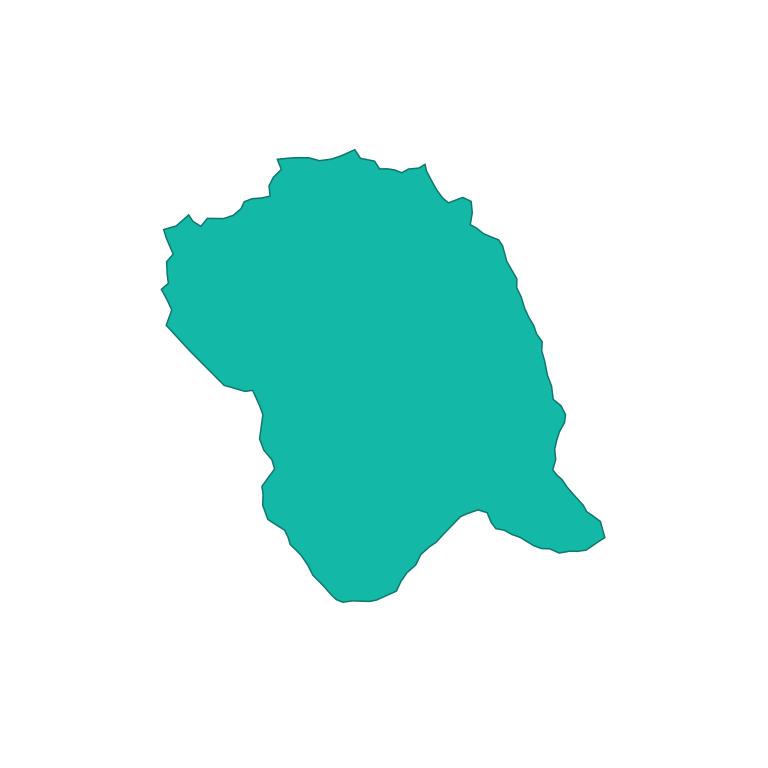 Piraquara, Paraná, Brazil (Mercator projection), rotated 211°
{"feature_id": "56859067B90549461682461", "entity_name": "Piraquara", "entity_type": "district", "adm_level": 2, "iso_a3": "BRA", "parent_name": "Brazil", "parent_adm1": "Paraná", "projection": "mercator", "projection_center": [-49.059, -25.469], "detail": "fine", "context": "isolated", "style": "filled", "palette": "teal", "viewbox_px": 768, "rotation_deg": 211, "n_neighbors": 0, "source": "geoboundaries", "source_scale": "gbopen_adm2", "svg_char_len": 1947}
<svg xmlns="http://www.w3.org/2000/svg" viewBox="0 0 768 768"><g transform="rotate(211 384 384)"><path d="M600.9,322.1L566.9,312.2L520.4,300.5L499.3,306.1L493.3,310.9L479.5,301.4L472.0,295.3L462.4,272.9L452.9,265.4L441.2,261.4L434.0,254.8L435.1,243.3L435.9,233.3L431.2,227.7L425.4,217.4L419.2,212.5L413.8,208.1L406.2,207.8L393.9,207.5L387.4,203.3L381.7,198.1L373.8,196.3L366.9,194.5L355.9,189.4L346.6,183.5L330.7,179.4L320.9,176.2L313.9,174.6L306.8,175.8L299.4,181.8L284.4,190.2L279.1,195.0L266.7,212.9L267.8,223.7L267.1,234.1L263.6,245.3L264.6,256.9L261.1,268.2L257.9,274.9L255.6,286.1L252.4,300.0L250.1,309.8L245.9,315.7L238.6,324.5L229.3,326.8L221.0,320.6L213.7,317.6L205.8,320.6L196.8,320.9L188.5,322.6L179.5,322.6L171.9,322.6L164.3,324.0L157.0,328.1L146.8,329.3L138.5,336.5L132.1,340.1L125.2,345.7L119.4,358.4L115.6,366.1L127.7,377.6L137.5,378.6L144.7,379.0L150.5,382.6L162.4,386.2L173.7,389.8L182.0,393.7L188.5,394.9L195.2,397.3L197.9,407.7L204.0,415.8L206.8,424.1L209.0,433.3L209.4,444.0L212.7,451.3L221.0,456.5L231.1,458.0L239.3,468.5L248.4,475.7L253.8,481.7L258.6,486.9L266.0,493.8L270.1,501.7L278.7,505.3L286.0,511.4L293.5,515.3L301.9,520.9L311.3,529.3L319.9,534.9L324.3,542.6L341.6,552.1L353.5,563.5L360.0,566.6L367.6,565.3L376.2,564.1L385.3,565.3L392.1,565.0L396.5,576.2L403.3,585.4L412.6,584.5L422.1,572.5L429.7,573.7L438.4,577.3L447.0,582.2L457.1,588.3L461.9,593.4L465.4,587.0L473.7,580.9L477.6,574.2L485.2,573.0L491.9,570.2L498.6,566.1L506.9,570.2L520.4,565.3L529.7,569.8L538.4,557.4L544.9,549.7L554.3,542.2L564.7,539.3L574.2,533.8L581.6,528.8L591.2,521.7L582.5,515.0L585.3,504.2L584.6,494.5L578.4,486.4L584.6,480.5L592.5,474.9L597.7,468.2L596.8,460.9L600.1,450.9L606.7,443.2L620.7,435.0L622.2,424.8L631.6,425.0L638.5,428.4L643.5,412.5L652.4,402.9L645.7,396.9L640.2,392.9L631.6,386.8L633.3,376.8L626.5,366.6L620.7,359.2L623.6,350.5L613.6,344.6L604.1,338.2L600.9,322.1Z" fill="#14b8a6" stroke="#0f766e" stroke-width="1.5"/></g></svg>